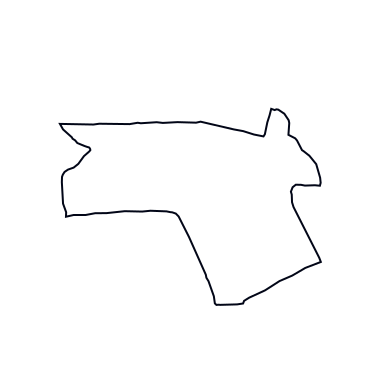 the district of San José Acatempa, Jutiapa, Guatemala, rotated 150°
{"feature_id": "79465075B89624307194233", "entity_name": "San José Acatempa", "entity_type": "district", "adm_level": 2, "iso_a3": "GTM", "parent_name": "Guatemala", "parent_adm1": "Jutiapa", "projection": "robinson", "projection_center": [-90.143, 14.268], "detail": "fine", "context": "isolated", "style": "outline", "palette": "ink", "viewbox_px": 384, "rotation_deg": 150, "n_neighbors": 0, "source": "geoboundaries", "source_scale": "gbopen_adm2", "svg_char_len": 1338}
<svg xmlns="http://www.w3.org/2000/svg" viewBox="0 0 384 384"><g transform="rotate(150 192 192)"><path d="M78.1,133.5L76.0,135.6L73.9,140.3L70.5,154.0L72.2,164.6L75.0,171.7L75.8,173.2L75.3,184.1L75.8,186.9L79.9,193.3L73.3,203.1L72.4,205.8L72.9,213.6L76.1,220.2L77.6,221.4L79.4,221.6L81.8,224.4L86.5,219.6L91.9,214.7L100.0,205.6L102.3,204.4L109.6,210.8L117.2,219.1L124.5,225.3L149.4,248.6L153.8,250.0L169.7,259.8L182.7,266.4L187.7,270.1L201.9,277.1L204.4,279.1L212.1,282.0L238.2,297.5L243.6,299.7L272.3,317.0L272.4,310.7L268.7,299.4L268.8,297.9L267.4,295.2L266.8,291.7L262.1,285.6L260.2,283.4L258.9,282.1L258.7,281.2L258.7,280.2L259.1,279.1L260.6,278.5L267.6,277.1L276.4,273.2L282.3,272.3L288.2,273.4L292.3,273.1L295.2,271.6L297.0,270.1L299.8,265.6L309.5,246.4L311.1,237.4L313.5,233.6L306.1,231.3L295.7,225.3L286.6,222.1L276.5,216.4L259.8,209.0L245.0,200.0L237.3,196.5L224.6,188.5L223.8,188.0L220.6,185.2L219.3,184.3L216.8,181.4L215.8,177.5L217.1,154.5L221.4,113.4L222.4,110.6L222.3,106.5L225.2,90.8L227.9,84.1L227.3,82.0L226.4,81.6L225.4,81.1L223.9,80.1L209.1,72.1L203.5,69.9L201.3,71.7L195.3,71.9L178.0,70.3L160.7,71.1L147.0,69.5L131.8,69.6L115.4,67.0L114.7,71.4L111.6,128.2L110.5,133.1L106.9,139.9L106.2,142.8L102.5,145.8L98.5,146.4L94.1,143.8L91.0,141.1L82.2,136.4L78.1,133.5Z" fill="none" stroke="#020617" stroke-width="2"/></g></svg>